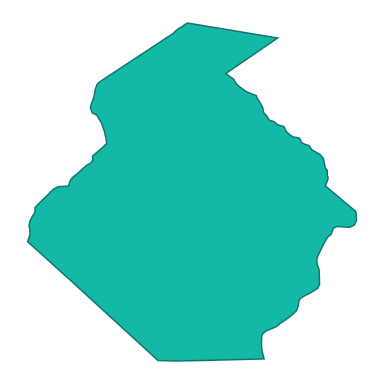 outline of Santo Antônio dos Lopes, Maranhão, Brazil
{"feature_id": "56859067B82634178607747", "entity_name": "Santo Antônio dos Lopes", "entity_type": "district", "adm_level": 2, "iso_a3": "BRA", "parent_name": "Brazil", "parent_adm1": "Maranhão", "projection": "mercator", "projection_center": [-44.464, -4.813], "detail": "fine", "context": "isolated", "style": "filled", "palette": "teal", "viewbox_px": 384, "rotation_deg": 0, "n_neighbors": 0, "source": "geoboundaries", "source_scale": "gbopen_adm2", "svg_char_len": 1632}
<svg xmlns="http://www.w3.org/2000/svg" viewBox="0 0 384 384"><path d="M97.0,115.3L99.1,119.3L101.0,121.9L103.2,127.9L104.6,132.2L105.8,137.7L106.8,143.3L102.7,147.4L100.0,149.7L92.5,156.1L93.0,159.9L91.1,162.7L86.5,165.4L82.7,168.9L80.5,170.9L77.8,173.2L72.4,177.6L70.5,180.1L69.4,183.4L68.1,186.1L64.1,186.4L58.7,186.6L54.0,188.8L51.2,191.3L47.7,194.9L43.3,199.2L39.9,202.5L35.0,207.6L34.9,212.4L31.7,217.5L29.8,221.6L29.0,226.0L29.9,229.5L30.0,234.4L27.6,241.7L73.4,283.0L158.0,360.5L176.6,361.0L210.2,360.3L264.1,358.9L262.2,351.5L261.5,347.3L261.5,340.6L261.7,336.3L262.9,333.5L266.5,330.7L270.6,329.1L276.6,326.5L279.8,323.7L287.1,318.7L293.6,313.6L296.4,310.8L298.2,306.3L298.9,301.0L300.7,298.1L304.6,295.8L310.3,292.9L317.7,288.3L319.5,284.6L319.4,277.3L319.2,270.0L317.2,264.5L316.8,260.0L317.4,256.9L319.7,252.3L322.8,245.6L327.7,237.0L331.0,234.6L332.1,231.7L333.4,228.2L337.0,226.5L349.7,227.3L354.3,225.0L356.4,220.6L356.4,214.9L355.7,211.4L325.3,185.9L327.2,181.4L328.2,178.1L327.3,175.2L327.3,170.4L325.0,167.2L324.2,162.1L323.4,158.5L319.7,154.2L315.0,151.6L311.7,149.8L309.1,145.6L304.9,144.3L301.6,142.7L299.6,138.2L296.4,137.5L293.0,137.0L289.4,134.4L286.3,131.7L283.9,126.5L277.6,124.8L273.8,121.5L269.5,120.4L266.8,116.0L263.7,112.7L262.7,107.7L260.5,103.4L257.5,98.8L256.2,95.6L253.2,94.5L245.8,91.4L241.7,88.3L239.2,86.5L236.5,84.2L233.6,79.2L230.6,77.1L225.7,73.6L277.6,38.0L187.3,23.0L182.0,26.6L179.2,28.2L175.7,30.8L173.6,33.2L165.1,38.7L126.3,64.3L99.6,81.9L97.1,84.4L95.4,88.8L94.1,96.2L92.8,100.3L91.4,103.5L90.4,107.9L92.3,112.8L97.0,115.3Z" fill="#14b8a6" stroke="#0f766e" stroke-width="1.5"/></svg>